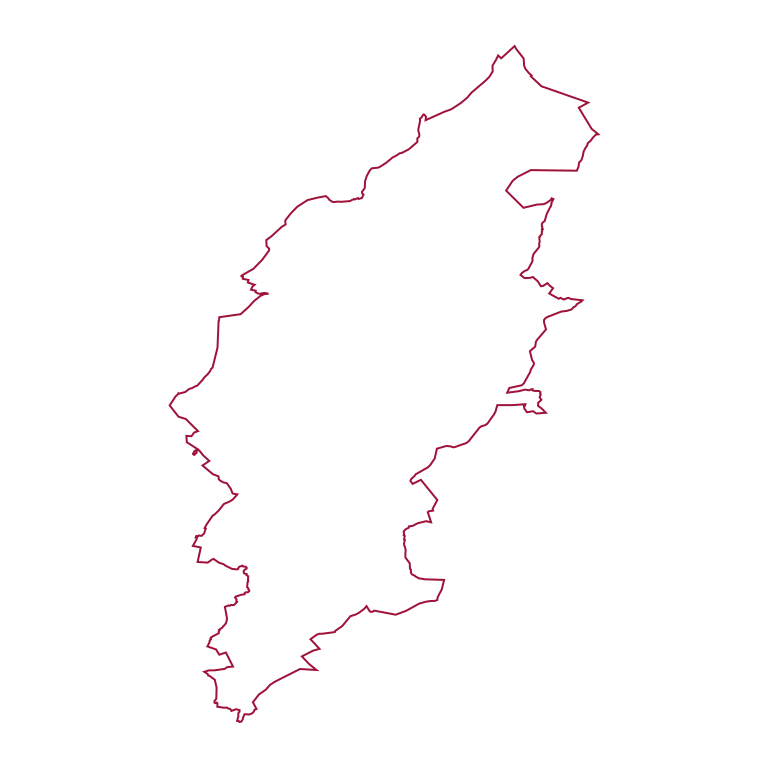 Spring, Alba, Romania (Robinson projection)
{"feature_id": "2599482B41235852327499", "entity_name": "Spring", "entity_type": "district", "adm_level": 2, "iso_a3": "ROU", "parent_name": "Romania", "parent_adm1": "Alba", "projection": "robinson", "projection_center": [23.751, 45.977], "detail": "fine", "context": "isolated", "style": "outline", "palette": "rose", "viewbox_px": 768, "rotation_deg": 0, "n_neighbors": 0, "source": "geoboundaries", "source_scale": "gbopen_adm2", "svg_char_len": 6109}
<svg xmlns="http://www.w3.org/2000/svg" viewBox="0 0 768 768"><path d="M316.5,670.0L309.1,664.0L301.9,656.4L313.2,650.6L319.5,648.9L310.5,639.2L316.9,634.6L319.6,633.7L321.7,633.8L334.8,632.1L335.0,631.1L342.3,626.0L350.4,616.2L355.7,614.5L359.1,612.7L364.3,608.8L366.5,606.1L369.6,611.1L370.5,611.8L372.6,611.8L374.0,610.6L395.7,614.7L406.4,610.7L419.0,603.7L425.5,601.8L430.6,601.0L434.7,600.9L437.2,600.1L437.8,596.9L441.8,589.3L444.1,579.9L424.9,579.3L418.8,578.3L414.8,576.0L414.7,575.6L412.1,574.5L410.9,572.8L410.9,569.7L410.0,568.8L409.7,563.2L405.4,557.5L405.4,552.8L405.7,550.6L405.0,547.1L404.2,545.4L404.1,543.4L404.8,539.8L404.1,539.5L404.1,539.0L404.8,536.0L403.7,535.1L404.2,534.0L403.6,531.8L404.0,531.1L405.6,529.3L408.9,527.6L408.9,526.4L412.8,525.8L417.8,523.2L426.2,521.2L431.1,522.3L427.8,512.2L428.8,511.3L433.1,510.6L432.6,508.9L437.3,500.0L420.9,479.8L412.6,483.9L410.4,480.8L411.3,478.9L414.7,475.8L415.8,474.2L427.8,467.4L430.2,465.1L434.7,458.5L436.9,448.7L446.2,446.0L450.3,446.3L453.3,447.3L454.7,447.1L466.4,443.0L468.9,441.0L479.4,427.7L481.3,426.3L485.3,425.1L487.4,423.6L493.6,415.0L495.4,411.9L497.3,405.1L512.8,405.1L525.4,404.2L525.0,405.7L523.9,405.8L524.3,408.5L527.0,412.3L533.0,411.2L536.4,413.5L545.8,412.8L541.8,408.6L538.1,405.9L538.1,402.9L541.4,399.8L539.6,397.4L540.7,394.5L540.1,393.9L540.5,392.2L539.0,391.0L534.4,390.9L532.4,390.3L532.6,389.2L531.4,389.2L529.1,390.3L525.0,389.6L518.8,391.2L507.2,392.7L509.3,388.0L521.7,385.3L523.8,383.4L530.2,372.0L530.6,370.0L533.7,364.8L533.9,363.5L533.6,362.3L532.0,359.8L529.9,351.2L535.2,346.6L535.9,341.9L536.8,340.2L546.0,329.4L544.1,322.7L544.0,320.0L545.5,318.2L547.1,317.1L561.2,311.6L566.7,310.9L570.8,309.7L572.1,309.0L573.3,307.3L575.4,306.3L577.0,304.1L581.7,301.2L582.5,300.3L571.0,299.0L568.1,297.8L563.8,299.5L560.3,297.8L558.8,298.8L549.2,293.5L553.1,288.2L549.9,285.8L547.4,283.1L543.3,285.8L540.8,286.2L537.9,281.4L532.9,277.0L530.3,277.8L525.7,278.1L524.3,277.9L520.5,274.9L521.9,273.0L524.7,271.0L527.4,269.8L528.4,268.8L532.1,261.9L532.7,260.0L532.3,258.8L532.8,256.4L533.7,253.8L538.9,247.4L539.4,246.1L539.1,243.9L539.7,241.7L539.2,237.1L540.2,236.6L540.3,235.5L542.0,234.0L541.7,232.0L542.2,231.3L541.9,229.7L542.8,229.2L542.0,228.0L542.4,227.1L541.9,226.3L541.8,224.3L542.7,222.5L544.7,221.1L546.7,214.0L550.2,207.1L550.9,206.4L550.8,205.7L551.5,204.5L551.3,203.2L553.4,199.1L551.6,198.3L550.8,199.9L546.3,203.0L544.0,204.1L536.8,204.6L523.5,207.8L506.1,190.6L512.6,180.9L515.6,178.4L517.8,176.7L530.8,170.1L576.8,170.7L578.5,166.8L579.1,162.6L581.4,160.1L582.8,156.0L583.7,151.3L586.0,147.0L587.0,146.0L587.8,143.1L590.5,140.9L593.1,137.4L595.9,134.6L598.3,134.3L591.6,128.8L578.8,107.7L588.1,102.6L541.5,86.3L530.8,76.3L531.6,75.5L528.8,73.0L525.2,68.5L524.2,65.8L523.6,58.4L516.3,49.1L514.6,46.1L501.2,58.3L498.1,55.5L496.0,59.9L492.5,65.6L492.7,71.4L489.4,76.8L485.6,80.6L471.4,92.7L467.3,97.6L460.7,103.1L451.0,109.4L444.5,111.7L425.6,120.2L426.0,116.7L424.1,114.5L423.3,114.5L421.5,117.5L419.8,118.8L420.1,120.9L418.2,129.9L419.4,134.6L419.1,136.6L417.3,138.5L417.4,141.9L408.8,149.3L401.7,153.0L399.6,153.3L396.5,155.5L392.7,157.4L386.3,162.7L380.1,166.7L378.4,167.6L371.9,168.3L369.8,170.4L366.8,175.9L365.1,181.1L364.8,187.4L364.4,188.7L362.0,191.8L362.2,193.5L363.5,194.6L361.9,198.0L358.5,199.0L357.9,198.1L354.6,199.5L354.0,199.0L349.8,201.1L341.2,201.8L337.6,201.6L334.2,202.1L332.1,201.7L329.1,199.6L328.2,198.1L325.8,196.1L317.3,197.7L307.5,200.1L297.2,206.8L290.6,213.6L285.5,220.1L285.2,221.2L285.6,224.5L281.9,226.7L271.3,236.4L266.3,240.1L266.6,246.1L269.1,248.6L269.2,249.8L268.7,251.0L262.2,259.8L253.4,268.8L241.4,275.7L241.5,276.4L242.9,276.7L242.8,278.8L248.5,280.0L247.8,282.5L254.6,284.8L252.5,286.5L251.0,289.7L255.7,290.7L255.5,292.1L258.2,293.6L259.9,293.8L264.1,292.9L268.6,293.7L264.5,294.1L260.7,295.7L254.2,300.9L248.6,307.0L240.6,314.2L219.3,317.2L219.0,320.5L218.6,320.9L217.5,347.6L212.6,367.5L211.1,368.9L210.1,371.2L207.5,374.4L204.0,377.7L203.2,379.2L197.2,385.7L195.9,386.0L192.1,388.1L189.2,388.9L185.3,392.0L178.8,393.7L178.4,393.3L177.8,394.4L175.6,396.4L169.7,405.4L178.5,416.7L185.8,419.0L198.0,431.1L194.0,432.6L191.5,436.2L186.4,435.9L186.8,442.2L197.7,449.2L194.3,451.3L193.7,453.2L193.0,453.5L193.1,454.2L194.2,454.9L196.7,452.6L196.3,451.4L197.9,449.7L199.6,450.9L203.2,455.4L209.3,460.9L202.5,465.5L212.9,474.2L218.3,476.3L218.8,477.4L218.6,479.0L220.0,480.5L223.2,482.3L226.8,483.2L230.7,488.7L232.6,493.5L237.3,494.4L232.7,499.6L229.9,501.4L223.9,504.0L218.5,510.7L214.8,514.3L212.6,515.7L206.3,524.9L204.6,528.2L205.8,528.6L204.0,533.6L201.5,535.9L198.7,535.5L198.0,536.3L196.3,536.0L195.7,537.5L196.9,537.9L196.4,539.7L192.9,545.9L200.8,547.5L197.6,562.0L207.7,562.6L212.0,559.5L213.6,558.9L218.9,562.7L223.6,564.2L225.4,565.6L232.0,568.9L236.9,569.4L238.1,569.0L238.7,567.3L239.7,566.6L242.4,565.7L242.7,566.3L245.9,566.9L246.6,567.5L246.6,568.6L244.6,569.8L243.6,571.2L244.0,573.3L246.6,574.1L246.3,574.8L248.2,576.3L248.0,580.7L248.3,581.1L247.6,582.0L247.1,587.1L248.2,588.1L248.3,589.5L248.9,589.7L249.3,591.0L247.9,592.3L245.6,592.3L244.7,593.0L244.6,594.3L241.4,594.7L235.8,596.6L235.0,597.4L236.5,599.4L236.3,601.2L237.1,601.9L233.8,605.1L230.9,605.0L229.8,605.8L228.7,605.4L224.9,606.9L227.0,618.1L226.8,620.2L225.8,623.5L222.1,627.7L219.1,629.8L219.6,630.3L218.7,631.5L218.8,633.2L211.1,637.3L210.4,638.8L211.0,639.2L209.6,640.7L209.7,641.8L207.4,646.4L216.1,649.5L219.3,654.7L225.9,652.5L233.0,666.6L227.3,667.1L224.7,668.9L214.8,670.3L208.9,670.4L204.3,671.8L207.7,674.0L208.2,675.5L209.6,675.9L214.8,679.8L216.6,687.6L216.3,698.6L214.4,701.3L214.5,702.7L215.4,703.2L216.8,702.6L217.5,703.4L217.3,706.7L223.5,707.7L227.0,707.6L227.9,708.4L230.3,709.0L231.4,710.9L236.1,709.2L239.6,710.2L239.4,711.9L238.7,712.4L238.2,714.2L238.4,716.1L237.1,720.9L238.9,721.1L239.3,721.9L241.2,721.7L242.8,719.3L243.0,717.8L244.5,714.2L248.8,714.5L250.5,714.1L252.3,713.2L253.8,711.6L254.4,709.9L256.5,709.0L252.9,702.2L259.0,694.4L265.9,689.6L269.9,685.0L274.5,681.9L300.0,669.0L316.5,670.0Z" fill="none" stroke="#9f1239" stroke-width="2"/></svg>